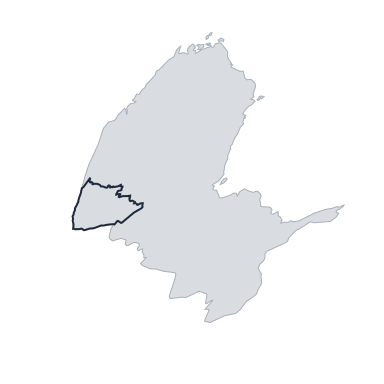 where North Karelia sits in Finland, rotated 143°
{"feature_id": "FIN-3190", "entity_name": "North Karelia", "entity_type": "Province", "adm_level": 1, "iso_a3": "FIN", "parent_name": "Finland", "parent_adm1": "", "projection": "equal_earth", "projection_center": [29.553, 62.804], "detail": "fine", "context": "in_parent", "style": "outline", "palette": "slate", "viewbox_px": 384, "rotation_deg": 143, "n_neighbors": 0, "source": "natural_earth", "source_scale": "10m", "svg_char_len": 6226}
<svg xmlns="http://www.w3.org/2000/svg" viewBox="0 0 384 384"><g transform="rotate(143 192 192)"><path d="M148.1,162.9L146.1,158.6L143.2,154.8L139.9,153.8L138.9,152.4L138.5,149.4L139.2,147.1L142.9,144.9L143.7,141.9L145.8,139.5L144.9,138.0L139.5,133.6L138.8,132.2L138.6,129.8L141.9,127.7L141.2,125.6L135.3,124.7L135.6,123.4L137.4,121.3L136.6,119.5L136.9,115.5L139.9,113.7L136.5,112.3L133.4,109.8L130.5,109.7L128.9,107.0L124.0,104.6L106.3,101.3L95.5,97.6L89.8,94.6L84.5,93.0L84.1,91.4L78.5,90.2L79.7,89.5L84.2,89.5L87.8,90.1L89.1,89.3L87.8,87.0L88.1,86.4L92.4,85.2L99.2,85.2L113.2,94.1L115.3,97.0L129.0,98.0L130.5,98.7L134.2,98.5L142.3,97.1L145.5,95.1L148.5,95.3L168.0,99.7L171.0,98.7L173.0,96.0L174.6,94.8L176.9,93.9L181.5,93.4L185.2,91.2L185.8,85.0L187.6,83.2L191.2,77.2L197.4,74.5L202.0,71.7L206.4,71.4L214.4,71.9L224.0,69.1L230.1,68.7L240.8,73.7L255.9,76.8L259.8,81.0L257.9,82.6L249.7,87.2L249.4,88.4L252.2,90.5L240.6,93.0L241.5,93.7L247.5,94.1L248.2,95.0L241.9,100.9L241.7,102.0L246.2,108.5L260.0,111.3L263.8,114.3L273.6,120.1L272.6,122.8L257.8,133.0L254.5,135.8L254.0,137.6L262.5,145.9L266.9,151.9L271.9,156.2L275.9,163.3L276.1,165.8L267.9,167.2L270.1,168.5L268.2,170.8L267.9,174.0L265.6,176.1L266.0,176.7L270.0,177.2L270.3,178.6L270.0,179.5L265.9,181.2L265.5,182.9L267.6,185.9L269.4,186.9L275.7,187.8L276.5,188.6L276.7,190.8L273.8,192.9L273.8,193.7L276.5,197.6L284.8,200.8L285.7,203.1L285.7,204.7L285.2,206.1L278.8,211.5L274.0,213.2L283.5,219.0L300.4,226.4L307.8,232.8L308.4,234.6L303.0,242.7L300.8,245.0L287.0,254.1L267.5,269.3L257.6,276.1L238.4,286.4L224.5,296.1L216.8,298.0L211.0,295.9L208.0,296.4L205.2,297.8L195.6,299.4L195.3,297.8L197.4,293.6L196.6,293.7L194.9,295.7L193.9,298.0L192.1,299.1L188.1,299.6L184.3,297.7L182.5,297.8L184.3,300.5L184.2,301.3L182.2,301.2L177.8,303.3L176.9,303.3L175.6,301.6L170.9,303.5L166.6,303.8L164.0,305.3L151.3,307.5L147.6,310.0L145.3,309.4L131.0,311.5L125.1,310.9L118.5,314.8L113.4,315.3L118.8,311.3L119.1,310.0L116.4,309.3L114.5,307.9L112.8,304.9L111.8,304.7L109.9,308.5L106.5,309.8L102.3,309.8L101.8,308.1L102.7,306.6L102.0,306.3L102.7,305.1L104.9,305.0L105.5,304.4L105.5,303.6L103.8,302.9L105.6,300.3L98.2,299.7L89.2,296.9L88.3,294.5L83.8,296.2L79.9,294.5L79.4,293.4L78.9,284.6L79.4,282.1L81.9,279.2L82.9,276.2L83.1,270.9L84.4,270.9L83.0,269.1L85.2,268.7L85.5,268.1L81.2,259.6L78.4,257.7L81.1,251.6L80.9,250.2L80.6,248.5L77.2,246.7L76.2,241.3L77.4,238.3L84.7,233.0L85.2,230.9L89.2,230.7L87.5,228.8L87.1,226.5L92.8,225.7L94.9,226.4L99.9,225.5L104.5,223.8L103.0,220.6L105.3,220.5L104.6,219.8L104.8,219.0L106.5,219.3L109.5,217.1L109.7,215.4L114.7,214.5L120.6,211.0L125.8,209.2L131.4,205.8L133.7,205.6L135.0,203.3L141.2,199.8L143.5,197.1L149.2,193.9L155.0,188.5L155.6,187.0L164.1,184.9L171.6,185.5L171.5,184.2L170.4,183.3L173.6,181.9L173.0,179.8L171.2,178.7L173.5,170.6L171.3,169.0L162.7,166.3L159.2,166.1L157.3,164.0L158.4,161.6L153.5,163.5L148.1,162.9ZM95.1,300.9L100.4,300.9L101.7,302.4L99.3,303.3L99.0,304.4L100.2,306.1L97.8,306.1L96.4,304.2L93.9,302.8L95.1,300.9ZM162.2,182.4L158.9,183.2L156.3,182.7L156.3,181.1L160.9,180.0L165.5,181.2L163.2,181.5L162.2,182.4ZM80.4,224.7L80.2,226.1L83.3,225.1L84.5,225.5L84.3,226.7L83.2,226.5L80.6,227.8L78.4,226.6L77.1,224.7L80.4,224.7ZM80.1,296.3L79.7,297.5L76.6,297.6L75.4,296.4L74.9,294.3L76.1,293.4L76.8,294.5L80.1,296.3ZM92.1,301.5L90.4,301.6L88.2,300.2L87.9,299.7L88.9,299.4L88.5,297.9L90.3,298.7L91.2,299.7L90.2,299.9L92.1,301.5ZM88.1,306.8L85.8,307.7L84.9,307.5L85.2,305.9L86.6,305.2L88.9,305.1L88.1,306.8ZM83.4,307.6L81.3,307.9L80.1,307.1L82.1,305.9L83.6,306.0L83.9,306.7L83.4,307.6Z" fill="#d9dde1" stroke="#a8b0b8" stroke-width="1"/><path d="M274.2,212.9L273.8,213.0L274.2,213.7L279.6,217.0L282.6,218.3L284.0,219.3L284.4,219.8L285.0,220.0L292.4,222.2L295.8,224.4L300.3,226.0L300.9,226.3L301.4,226.7L301.6,227.2L301.6,227.7L301.8,228.3L302.0,228.8L302.3,229.2L302.8,229.6L304.2,230.1L304.9,230.5L306.3,231.7L306.9,231.9L307.1,232.0L307.7,232.5L308.0,233.1L308.4,233.7L309.1,234.1L307.2,236.1L306.4,237.1L305.7,238.2L304.7,240.6L304.3,241.2L303.3,242.0L302.9,242.6L302.4,243.8L302.1,244.4L301.6,244.7L300.4,245.1L300.1,245.3L299.8,245.6L299.4,246.2L296.3,248.1L296.0,248.4L295.4,249.3L295.0,249.6L294.6,249.8L292.1,250.8L290.1,252.0L289.3,252.2L288.9,252.4L288.6,252.6L288.0,253.5L285.2,255.6L282.0,257.6L277.7,261.3L275.7,261.3L264.6,264.6L266.6,263.1L267.5,262.0L267.4,261.5L267.1,261.3L267.5,260.9L267.4,260.7L266.0,259.9L265.8,259.4L265.9,259.1L266.2,258.6L266.7,258.1L266.2,257.7L265.5,257.5L264.2,256.7L263.1,255.8L262.3,254.8L261.9,254.2L261.4,253.2L261.3,252.2L261.4,251.7L261.3,251.1L260.8,250.8L260.0,250.1L259.6,249.7L259.0,248.8L258.3,247.5L257.6,246.8L256.7,246.6L256.1,246.8L255.7,247.3L255.2,247.4L254.5,247.3L254.3,247.1L254.4,246.7L254.1,246.6L253.9,246.5L253.9,246.2L254.0,245.9L254.2,245.5L254.4,245.1L254.6,244.9L254.4,244.7L252.6,244.2L252.4,244.1L252.9,243.9L252.7,243.7L251.8,243.3L251.2,243.0L251.1,242.8L250.5,242.4L250.1,242.3L248.2,241.3L247.8,241.1L244.5,240.5L244.7,240.1L244.9,239.8L245.1,239.7L245.4,239.5L244.2,238.2L244.8,237.6L246.0,237.3L246.4,237.0L247.0,236.1L247.6,236.1L248.5,236.4L249.4,236.9L250.4,237.3L251.1,237.1L253.9,235.8L254.1,235.5L253.0,235.2L252.3,234.8L251.8,234.3L251.1,234.0L250.8,233.8L250.6,233.5L250.8,233.3L251.3,233.6L251.7,233.6L251.9,233.5L252.0,233.4L251.9,233.4L251.5,233.1L251.4,233.1L251.6,232.9L251.9,232.7L253.1,232.3L253.4,232.2L253.3,231.7L249.4,230.2L245.9,227.5L244.9,227.0L244.2,226.7L243.7,226.4L244.6,225.7L244.3,225.5L244.5,225.3L245.6,224.8L245.7,224.7L245.6,224.4L246.3,223.8L246.6,223.5L246.7,223.2L246.8,222.6L246.8,222.4L246.9,222.2L246.7,221.8L245.7,221.4L245.1,221.1L244.7,220.7L244.4,220.1L244.2,219.5L243.9,219.0L243.7,218.7L243.6,218.3L243.8,218.1L244.3,217.9L244.8,217.9L245.0,217.8L244.7,217.6L244.1,217.3L243.7,216.7L243.5,216.0L243.1,215.2L243.5,214.8L243.5,214.7L243.3,214.5L242.9,214.4L242.3,214.2L240.5,214.1L240.0,213.9L238.8,213.1L238.1,212.7L239.9,211.0L240.3,210.5L240.4,210.3L240.4,209.9L240.5,209.8L241.6,209.5L242.8,209.5L250.8,210.5L266.6,209.7L267.0,209.9L267.3,210.1L268.4,213.3L268.6,213.5L268.9,213.7L269.1,213.7L269.4,213.7L272.7,212.9L273.8,212.8L274.2,212.9L274.2,212.9Z" fill="none" stroke="#1e293b" stroke-width="2"/></g></svg>